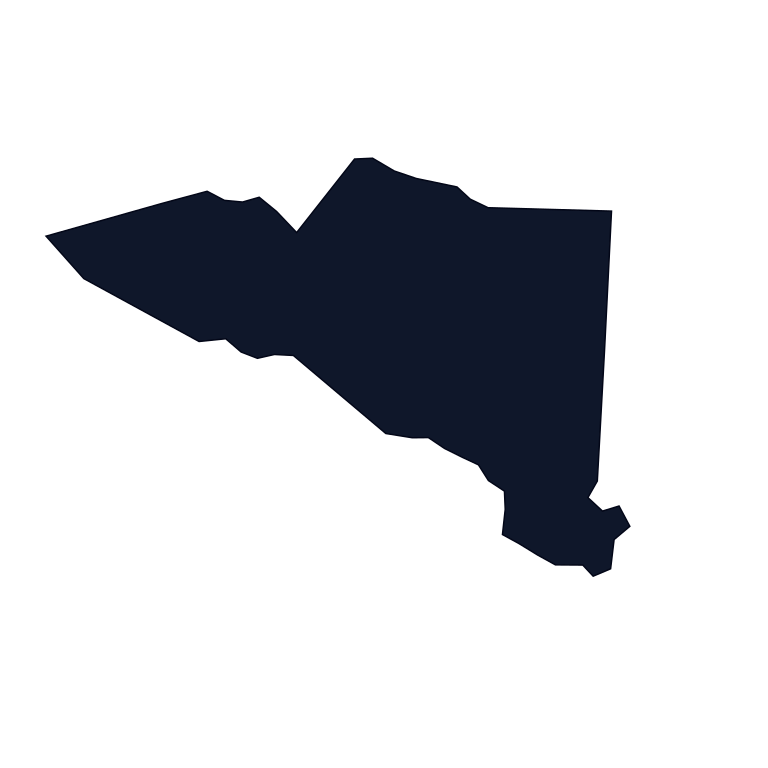 the district of Chã de Alegria, Pernambuco, Brazil, rotated 71°
{"feature_id": "56859067B74341974682366", "entity_name": "Chã de Alegria", "entity_type": "district", "adm_level": 2, "iso_a3": "BRA", "parent_name": "Brazil", "parent_adm1": "Pernambuco", "projection": "albers", "projection_center": [-35.213, -8.007], "detail": "fine", "context": "isolated", "style": "filled", "palette": "ink", "viewbox_px": 768, "rotation_deg": 71, "n_neighbors": 0, "source": "geoboundaries", "source_scale": "gbopen_adm2", "svg_char_len": 734}
<svg xmlns="http://www.w3.org/2000/svg" viewBox="0 0 768 768"><g transform="rotate(71 384 384)"><path d="M632.5,229.9L606.0,217.1L598.6,197.9L575.9,201.5L575.3,218.8L557.8,228.2L545.2,213.9L423.9,164.5L294.6,112.6L251.2,228.2L237.3,242.3L221.5,250.8L200.1,286.7L185.9,305.0L166.8,321.3L161.7,338.6L212.4,417.3L185.9,429.4L166.8,441.2L165.9,458.5L158.4,475.1L144.2,488.5L141.0,534.9L134.2,655.4L186.6,633.5L283.6,545.0L289.7,518.9L307.2,508.7L318.5,495.3L320.4,478.0L327.5,460.4L431.4,398.4L444.0,374.8L449.1,359.5L464.7,347.7L478.9,333.7L491.2,321.0L509.3,316.7L524.5,305.0L542.0,310.2L564.9,321.0L578.5,308.6L596.0,294.2L610.8,280.8L619.9,255.0L633.8,248.8L632.5,229.9Z" fill="#0f172a" stroke="#020617" stroke-width="1.5"/></g></svg>